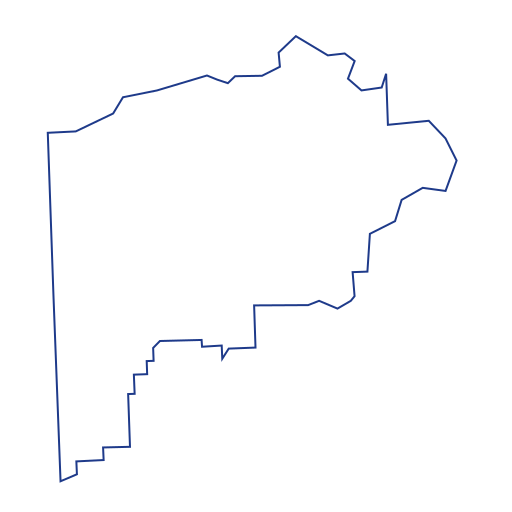 the district of Ouray, Colorado, United States of America, rotated 268°
{"feature_id": "52423323B10602944560492", "entity_name": "Ouray", "entity_type": "district", "adm_level": 2, "iso_a3": "USA", "parent_name": "United States of America", "parent_adm1": "Colorado", "projection": "equal_earth", "projection_center": [-107.791, 38.112], "detail": "fine", "context": "isolated", "style": "outline", "palette": "blue", "viewbox_px": 512, "rotation_deg": 268, "n_neighbors": 0, "source": "geoboundaries", "source_scale": "gbopen_adm2", "svg_char_len": 860}
<svg xmlns="http://www.w3.org/2000/svg" viewBox="0 0 512 512"><g transform="rotate(268 256 256)"><path d="M314.4,447.7L344.4,459.8L366.9,449.5L385.1,433.4L382.5,392.4L433.6,392.4L420.0,387.5L417.8,367.2L430.0,354.1L447.4,361.4L455.3,351.7L454.0,334.8L474.3,303.5L458.5,285.7L444.3,286.5L435.9,268.3L436.4,241.4L429.7,233.9L433.6,223.4L438.1,213.3L424.9,162.8L419.3,128.6L403.4,118.2L386.8,80.2L386.4,52.2L224.3,52.2L37.7,52.8L44.1,69.4L57.0,69.3L57.4,96.6L70.0,96.5L69.7,123.4L122.5,123.4L122.5,129.9L141.7,129.8L141.7,143.1L154.8,143.1L154.8,150.0L167.7,150.0L174.4,157.0L174.0,198.7L167.2,198.9L167.7,218.6L154.5,218.7L164.4,225.5L164.5,252.3L206.7,252.4L205.1,306.4L209.0,317.5L200.6,335.6L207.9,349.2L212.4,353.1L236.5,352.0L236.5,366.8L274.2,370.6L286.0,396.2L307.0,403.5L318.3,425.0L314.4,447.7Z" fill="none" stroke="#1e3a8a" stroke-width="2"/></g></svg>